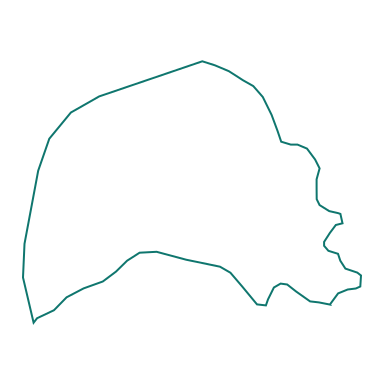 the Statistical Region of Tetovo
{"feature_id": "MKD-2958", "entity_name": "Tetovo", "entity_type": "Statistical Region", "adm_level": 1, "iso_a3": "MKD", "parent_name": "North Macedonia", "parent_adm1": "", "projection": "albers", "projection_center": [20.942, 42.029], "detail": "fine", "context": "isolated", "style": "outline", "palette": "teal", "viewbox_px": 384, "rotation_deg": 0, "n_neighbors": 0, "source": "natural_earth", "source_scale": "10m", "svg_char_len": 936}
<svg xmlns="http://www.w3.org/2000/svg" viewBox="0 0 384 384"><path d="M70.9,112.5L99.2,96.4L202.3,61.3L214.9,65.3L228.9,71.2L242.9,80.2L253.3,86.1L262.8,97.0L271.6,114.9L277.5,130.8L281.2,141.7L290.8,144.6L297.5,144.6L307.0,148.6L315.1,159.5L319.6,168.4L316.6,179.3L316.6,188.3L316.7,199.2L319.6,205.1L329.2,211.1L338.0,213.1L340.4,213.9L342.5,223.3L335.8,225.0L329.9,232.9L324.1,241.9L324.1,245.8L328.4,250.8L338.0,253.8L340.3,260.7L345.4,268.6L357.3,272.6L361.0,275.5L360.3,286.5L355.8,288.5L347.7,289.5L338.1,293.4L330.0,304.4L330.1,304.6L318.9,302.4L310.1,301.4L296.1,291.5L287.2,284.5L280.6,283.6L273.9,287.5L268.0,299.4L265.9,305.4L261.5,304.9L257.0,304.4L242.2,286.5L230.4,272.7L220.0,266.7L186.1,259.7L156.6,251.8L139.6,252.7L127.1,260.7L116.0,271.6L102.8,281.5L83.6,288.4L66.6,297.3L54.0,310.2L37.1,318.2L33.6,322.7L23.0,277.5L24.5,243.8L38.2,170.7L49.3,138.7L70.9,112.5Z" fill="none" stroke="#0f766e" stroke-width="2"/></svg>